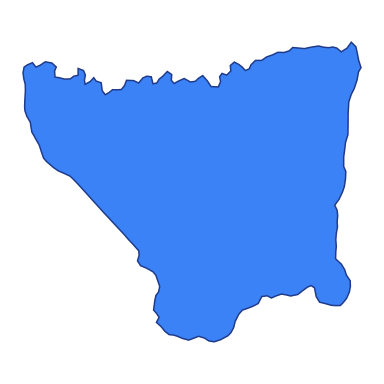 Aroeiras, Paraíba, Brazil
{"feature_id": "56859067B93377817008282", "entity_name": "Aroeiras", "entity_type": "district", "adm_level": 2, "iso_a3": "BRA", "parent_name": "Brazil", "parent_adm1": "Paraíba", "projection": "robinson", "projection_center": [-35.699, -7.545], "detail": "fine", "context": "isolated", "style": "filled", "palette": "blue", "viewbox_px": 384, "rotation_deg": 0, "n_neighbors": 0, "source": "geoboundaries", "source_scale": "gbopen_adm2", "svg_char_len": 2551}
<svg xmlns="http://www.w3.org/2000/svg" viewBox="0 0 384 384"><path d="M355.9,46.8L351.3,42.2L347.0,48.2L341.2,51.8L336.7,48.0L332.7,47.0L328.7,47.7L323.6,47.2L318.5,46.0L310.9,47.2L304.5,48.6L298.0,48.0L292.7,47.5L289.3,50.8L284.1,52.5L277.9,52.3L272.5,54.9L266.7,56.9L261.6,60.4L255.5,60.4L251.0,64.8L249.3,68.8L245.4,70.5L242.0,66.9L238.6,64.3L234.3,62.1L230.3,65.5L230.8,71.0L226.7,75.1L222.0,73.4L219.6,76.8L220.6,81.6L218.3,86.9L211.1,86.6L207.4,80.9L202.7,75.6L198.6,78.2L195.3,81.3L190.4,82.0L184.2,78.5L178.0,81.3L174.1,83.5L171.3,80.3L171.7,74.5L167.3,71.5L162.7,76.3L159.1,79.2L156.8,83.1L152.9,83.7L151.3,76.8L146.8,76.2L142.8,78.0L138.6,83.0L133.7,80.6L126.5,80.3L124.6,85.4L121.4,89.5L117.4,89.8L112.5,89.7L109.0,92.6L105.2,94.7L102.2,90.6L101.2,82.8L96.2,81.1L93.7,77.7L90.4,81.4L85.1,84.3L84.4,80.1L85.4,75.1L83.5,70.5L78.1,68.5L78.1,75.3L73.8,76.2L70.3,78.9L64.5,79.1L59.3,77.7L55.0,77.1L54.6,71.0L56.3,67.0L51.9,63.0L45.3,61.8L40.2,65.2L36.0,67.1L32.4,62.7L27.5,64.8L24.1,67.1L23.0,72.9L23.9,79.2L25.2,84.2L25.4,90.4L24.9,99.3L24.6,106.3L24.9,110.7L26.9,116.4L30.3,122.3L31.1,127.7L31.9,132.2L34.3,136.3L36.4,140.2L39.2,145.0L41.5,152.1L43.6,158.2L46.5,161.5L53.4,167.5L58.4,170.9L63.9,173.3L70.0,176.1L73.0,178.9L77.8,183.9L81.7,188.2L86.1,193.0L91.8,199.4L95.4,203.3L102.1,210.8L119.3,229.3L124.0,234.3L128.8,239.9L133.2,244.5L138.8,250.9L139.1,255.4L137.5,260.9L140.6,265.7L146.4,268.1L153.0,271.8L155.9,275.3L157.6,280.2L159.7,286.4L158.6,291.9L155.9,295.5L154.8,300.6L154.2,305.3L153.6,310.1L156.4,313.2L159.1,317.3L156.4,322.4L161.0,326.5L164.9,331.3L169.1,334.6L173.7,335.1L177.5,336.3L182.7,338.5L188.7,340.1L193.5,338.3L198.6,336.3L204.3,338.0L208.8,340.9L214.2,341.8L220.6,339.7L228.0,335.7L230.9,332.7L233.6,327.7L235.2,321.3L238.8,314.2L242.4,310.1L247.1,308.5L252.8,306.3L258.2,303.5L261.8,296.5L267.3,295.8L271.4,298.0L275.8,296.0L281.4,294.1L285.9,294.8L290.6,296.0L297.8,294.5L302.9,290.5L307.5,287.1L311.1,285.6L314.5,287.8L316.2,296.6L319.6,302.2L325.7,303.7L331.4,305.3L335.8,305.6L340.4,305.5L343.4,302.4L346.6,298.3L349.4,291.9L350.4,286.4L350.2,280.8L346.4,275.1L344.6,269.5L341.3,264.1L335.6,258.8L335.8,251.5L336.3,246.5L335.8,239.6L336.3,233.5L337.5,226.6L337.1,222.0L337.7,215.8L337.1,210.2L334.7,205.2L339.0,199.4L342.4,192.2L344.3,186.7L345.5,178.9L345.8,171.4L343.7,166.6L343.7,156.8L344.6,150.4L345.5,142.6L347.9,134.6L348.1,123.6L348.1,114.2L348.8,101.8L351.3,94.3L354.2,88.6L357.0,80.2L358.5,72.0L361.0,67.6L358.7,60.4L357.0,51.8L355.9,46.8Z" fill="#3b82f6" stroke="#1e3a8a" stroke-width="1.5"/></svg>